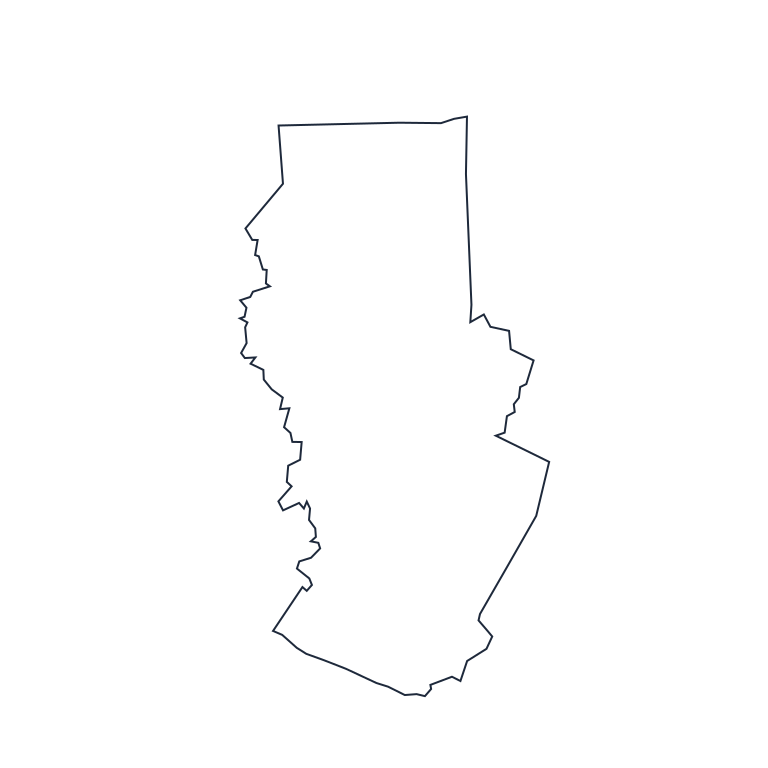 Talofofo, Guam (orthographic projection), rotated 115°
{"feature_id": "77769853B17205204900927", "entity_name": "Talofofo", "entity_type": "district", "adm_level": 2, "iso_a3": "GUM", "parent_name": "Guam", "parent_adm1": "", "projection": "orthographic", "projection_center": [144.734, 13.336], "detail": "fine", "context": "isolated", "style": "outline", "palette": "slate", "viewbox_px": 768, "rotation_deg": 115, "n_neighbors": 0, "source": "geoboundaries", "source_scale": "gbopen_adm2", "svg_char_len": 1402}
<svg xmlns="http://www.w3.org/2000/svg" viewBox="0 0 768 768"><g transform="rotate(115 384 384)"><path d="M106.6,421.8L114.1,432.6L123.5,442.6L140.7,480.5L194.3,588.8L245.2,560.2L301.6,575.3L309.1,564.3L306.9,559.4L321.6,555.3L321.2,551.4L331.4,542.2L330.2,538.5L342.8,533.5L343.7,528.7L355.8,541.8L361.6,542.0L368.9,549.7L373.0,540.9L382.0,538.8L385.4,542.3L385.9,533.8L391.3,533.8L405.0,525.8L416.3,526.6L419.3,521.1L414.3,511.8L422.0,513.5L422.2,499.3L430.8,494.8L436.3,483.5L439.1,470.0L450.7,467.6L446.0,459.5L465.4,456.3L467.9,448.1L475.2,442.6L471.4,434.1L488.1,428.0L498.5,436.3L513.8,430.7L515.8,424.5L535.0,430.1L541.2,422.1L527.7,410.7L530.7,404.0L523.2,404.3L528.1,398.4L538.9,394.5L543.9,385.3L551.4,381.1L557.5,383.8L555.7,376.4L560.0,372.4L572.3,376.7L580.6,385.8L588.1,384.9L591.8,369.5L596.6,364.4L604.1,366.6L602.5,372.1L654.7,380.2L654.4,370.2L660.0,351.5L660.1,350.5L661.4,340.4L659.7,321.6L658.2,298.2L658.2,264.5L656.6,252.4L657.1,233.7L651.3,223.4L649.6,215.0L640.5,212.4L637.1,214.8L620.6,198.7L620.9,189.2L599.9,191.6L580.7,179.2L567.1,179.2L564.1,185.6L558.3,198.4L551.9,199.8L499.5,195.3L439.2,190.3L384.8,201.4L383.6,260.8L377.1,254.1L361.2,259.0L354.1,253.7L347.5,257.8L339.5,255.9L329.2,259.3L323.9,255.0L299.4,258.4L298.9,283.8L283.0,293.1L287.2,311.7L278.8,322.9L291.5,331.9L275.3,338.2L159.0,398.5L106.6,421.8Z" fill="none" stroke="#1e293b" stroke-width="2"/></g></svg>